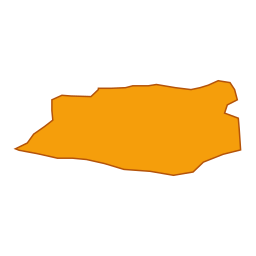 outline of Trelleborg, Skåne, Sweden
{"feature_id": "70781695B21975001691252", "entity_name": "Trelleborg", "entity_type": "district", "adm_level": 2, "iso_a3": "SWE", "parent_name": "Sweden", "parent_adm1": "Skåne", "projection": "equal_earth", "projection_center": [13.27, 55.427], "detail": "fine", "context": "isolated", "style": "filled", "palette": "amber", "viewbox_px": 256, "rotation_deg": 0, "n_neighbors": 0, "source": "geoboundaries", "source_scale": "gbopen_adm2", "svg_char_len": 622}
<svg xmlns="http://www.w3.org/2000/svg" viewBox="0 0 256 256"><path d="M15.4,148.8L19.2,150.3L37.0,153.6L57.5,158.2L72.5,158.2L86.5,159.5L104.3,163.5L123.9,169.4L150.1,171.3L173.5,175.3L193.1,172.0L203.4,162.1L223.0,154.3L240.6,149.9L239.2,129.0L238.3,118.2L224.6,113.1L227.3,104.9L237.3,99.8L234.6,89.6L230.0,82.6L220.5,81.1L218.2,80.7L208.2,85.2L200.0,87.7L191.0,89.6L175.5,87.7L156.4,84.5L148.3,85.8L132.8,85.8L125.5,87.7L111.0,88.3L98.4,88.3L98.3,89.6L91.0,96.6L71.0,96.0L61.9,95.3L51.9,99.8L51.9,110.6L52.8,120.1L44.6,126.5L33.7,134.1L27.3,143.0L15.4,148.8Z" fill="#f59e0b" stroke="#b45309" stroke-width="1.5"/></svg>